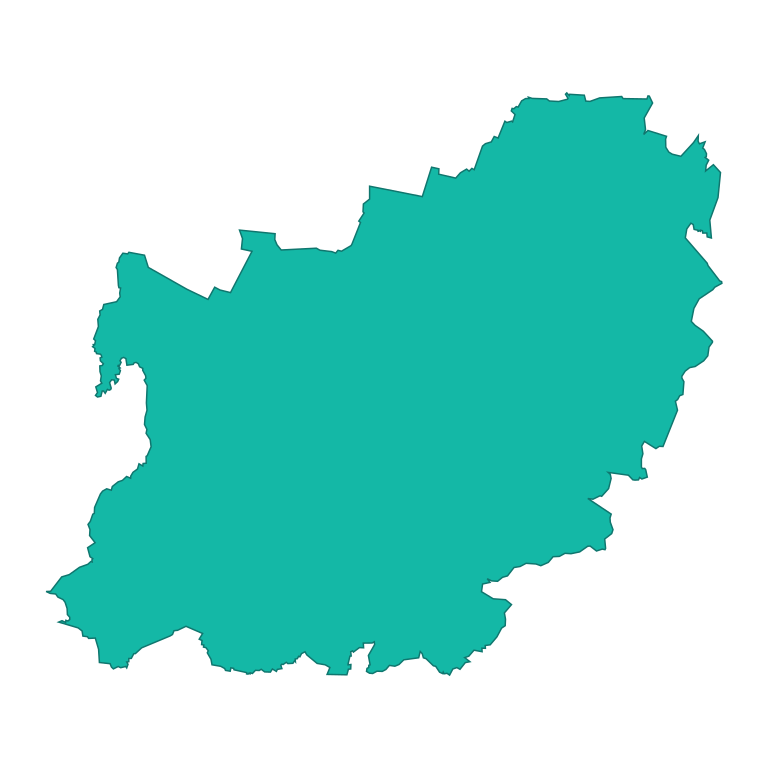 the district of Encarnación de Díaz, Jalisco, Mexico
{"feature_id": "50627088B17242073021011", "entity_name": "Encarnación de Díaz", "entity_type": "district", "adm_level": 2, "iso_a3": "MEX", "parent_name": "Mexico", "parent_adm1": "Jalisco", "projection": "albers", "projection_center": [-102.263, 21.568], "detail": "fine", "context": "isolated", "style": "filled", "palette": "teal", "viewbox_px": 768, "rotation_deg": 0, "n_neighbors": 0, "source": "geoboundaries", "source_scale": "gbopen_adm2", "svg_char_len": 6054}
<svg xmlns="http://www.w3.org/2000/svg" viewBox="0 0 768 768"><path d="M122.9,253.2L119.5,257.9L118.8,262.1L117.4,263.2L116.1,267.6L117.4,269.5L118.4,285.4L118.9,287.7L120.6,288.0L119.7,293.1L120.2,296.8L116.6,301.7L103.8,304.5L102.5,309.4L99.7,311.0L100.1,314.9L97.8,319.3L98.4,326.6L93.7,339.0L95.5,340.7L94.7,344.5L93.3,344.6L93.8,345.6L92.6,346.7L95.0,348.4L94.6,351.3L96.3,352.2L96.5,353.6L100.5,354.2L101.3,355.3L101.8,357.2L100.1,357.9L100.4,360.8L103.4,363.8L102.2,365.5L99.8,365.9L100.0,371.6L101.3,375.9L100.5,380.9L101.8,383.2L95.8,386.9L97.5,392.6L95.5,395.4L97.5,397.0L100.9,396.3L102.2,391.0L103.6,391.0L105.2,393.3L107.4,389.4L109.1,390.2L110.7,389.5L111.2,388.1L109.6,382.6L111.6,379.8L114.3,380.1L115.1,383.9L117.6,381.6L118.7,379.2L116.4,378.3L115.4,374.7L119.2,374.2L120.4,370.6L119.0,368.7L120.2,368.0L117.9,366.1L118.3,365.3L119.5,365.7L121.1,362.3L120.0,360.8L121.4,358.3L123.7,357.4L125.9,358.6L126.9,365.2L133.2,364.4L134.2,362.8L136.1,362.4L138.3,363.7L139.6,366.8L142.8,368.4L142.7,370.3L145.6,375.7L145.9,378.3L144.2,380.1L147.2,385.6L146.4,403.0L147.0,410.2L145.1,417.0L144.5,424.5L146.9,429.4L146.1,433.3L150.2,439.6L151.1,446.8L147.2,455.7L146.1,456.4L146.2,463.2L143.1,463.5L142.8,466.0L139.0,463.8L137.5,469.0L133.0,472.3L130.8,476.0L130.6,478.2L126.6,476.5L122.4,480.4L118.2,481.8L112.3,486.5L111.3,490.2L106.7,488.8L102.6,491.1L100.4,494.0L94.6,507.4L94.3,513.4L92.8,514.2L90.3,521.4L88.0,524.4L90.0,529.6L89.6,535.6L95.1,542.7L87.6,547.7L90.0,556.7L92.8,558.7L91.9,559.9L92.2,561.9L90.9,561.5L87.8,564.3L79.5,567.3L69.3,574.6L61.7,576.9L50.6,591.3L46.1,591.5L50.2,593.4L55.7,594.0L57.9,597.1L63.1,599.6L65.1,602.3L67.1,608.5L67.4,614.6L69.7,617.2L69.8,619.4L67.9,621.0L65.9,620.3L65.6,622.4L62.0,620.7L58.7,622.1L78.2,627.9L82.1,631.0L82.9,636.1L87.5,636.7L88.6,638.4L95.3,638.1L98.6,649.3L99.4,662.5L110.1,663.7L111.4,667.0L113.4,668.9L118.2,666.5L120.7,667.7L125.7,666.5L126.7,667.9L128.0,664.3L126.7,662.0L128.8,661.7L128.8,658.5L131.3,658.4L133.8,653.7L135.4,653.6L141.7,647.8L170.2,635.9L172.5,634.5L174.0,630.7L177.6,630.3L186.0,626.3L202.6,633.5L199.2,639.2L202.0,640.5L201.6,644.6L203.8,645.0L203.5,647.1L205.9,647.6L208.3,650.8L207.3,652.8L211.0,659.3L212.0,664.8L220.7,666.3L224.7,668.5L225.5,670.4L230.2,671.2L230.9,667.8L233.7,668.4L234.0,669.8L246.7,672.6L246.6,673.9L248.1,674.1L248.8,673.3L250.0,673.9L250.2,672.8L252.4,673.5L255.5,670.3L259.2,670.5L261.2,669.3L264.7,671.9L270.4,672.1L272.4,669.0L276.4,671.4L277.3,669.4L281.9,668.6L280.8,665.3L281.9,664.2L283.1,664.5L286.3,662.3L287.8,663.6L292.9,663.3L294.7,660.7L295.4,661.6L295.2,659.0L297.3,658.7L298.6,656.3L299.9,656.8L301.5,653.6L305.0,651.8L306.8,654.9L317.1,663.4L325.2,664.8L329.9,667.5L327.1,674.4L346.9,674.8L348.4,669.2L350.7,669.0L350.9,664.5L348.1,664.8L348.1,663.9L349.9,656.2L351.2,656.0L350.7,651.7L352.6,650.9L353.4,652.1L359.4,647.6L363.6,647.8L363.3,643.1L372.1,643.0L374.3,641.8L374.6,644.6L368.4,655.5L370.1,664.8L368.8,665.3L368.7,667.5L367.0,668.4L366.5,671.4L369.5,673.2L372.7,673.5L377.0,671.2L382.3,671.4L385.9,669.5L389.4,665.4L394.9,666.2L399.0,664.5L403.8,659.8L418.7,657.8L420.2,651.5L422.2,653.6L423.4,657.8L426.1,658.7L433.4,665.8L435.7,666.3L439.6,672.2L442.7,673.6L443.2,672.1L444.1,673.8L447.0,673.3L449.6,675.1L452.8,669.0L456.9,667.6L460.0,669.3L465.3,662.6L469.9,661.7L464.7,657.6L468.8,656.2L474.0,650.2L482.1,651.7L481.9,648.2L485.4,648.3L485.2,645.5L490.2,644.8L496.9,636.9L501.6,628.1L505.2,625.7L505.5,619.2L504.4,612.9L511.5,604.6L505.5,599.7L493.2,598.8L481.5,591.7L482.6,584.0L490.0,582.4L487.2,578.7L491.6,580.9L497.6,581.3L502.5,577.3L507.5,575.9L514.0,567.5L520.1,566.5L526.1,563.3L536.0,564.0L540.8,565.7L548.3,562.4L553.1,556.7L559.4,556.4L565.0,553.3L571.0,553.7L579.7,551.9L587.8,546.2L590.2,546.1L596.5,551.0L602.3,549.1L605.0,549.7L605.6,548.4L604.7,539.0L611.7,533.6L613.0,529.7L610.3,522.2L610.0,518.0L611.2,514.1L587.8,498.5L593.0,499.2L599.9,495.8L601.7,496.3L608.6,488.6L611.1,478.5L610.3,474.3L608.2,472.4L628.4,475.2L632.8,479.8L635.0,480.1L638.5,479.9L639.6,477.5L641.9,479.0L647.3,477.1L645.7,469.7L644.7,468.4L642.3,468.6L641.4,467.0L641.4,458.9L642.9,453.8L641.7,446.0L644.4,441.4L655.9,448.6L659.3,446.3L663.0,446.5L677.5,410.2L675.4,401.2L677.6,399.6L679.7,395.7L682.9,394.5L683.9,381.7L681.9,378.1L681.9,376.2L685.2,371.1L689.7,367.6L695.2,366.5L703.7,360.8L707.8,355.8L709.0,347.1L712.4,342.4L712.5,341.2L703.3,331.2L695.1,325.4L691.3,321.4L693.9,308.4L699.2,298.8L712.8,289.7L714.8,287.2L721.9,283.3L721.6,281.6L719.7,280.9L708.0,265.6L707.2,263.2L685.3,237.9L686.8,228.9L690.9,223.2L693.2,224.5L694.1,229.4L697.6,230.2L698.3,231.9L698.3,230.4L700.4,231.3L700.4,230.2L702.4,230.7L702.8,233.1L706.8,233.0L707.2,236.9L711.4,238.0L709.8,220.1L718.0,197.6L720.5,172.5L713.4,164.7L705.6,171.0L706.2,165.1L708.7,160.2L705.1,157.4L706.3,156.6L706.5,153.7L704.4,149.4L702.7,148.1L705.1,141.8L699.4,143.8L698.1,141.2L698.3,135.6L693.5,142.6L680.9,156.3L672.3,154.2L668.8,152.1L665.8,147.3L665.6,139.1L666.5,136.3L647.9,130.5L643.7,134.5L645.5,129.5L644.2,118.0L652.6,103.0L649.3,96.1L648.0,95.9L646.9,99.0L623.1,98.6L621.7,96.5L599.7,97.9L590.0,101.4L585.8,101.1L584.3,95.2L569.7,94.3L569.2,95.5L566.8,92.9L565.5,94.2L568.0,98.4L567.5,99.2L558.7,101.5L549.4,101.0L546.7,98.9L532.2,98.4L528.4,97.2L528.9,98.5L525.5,98.6L521.6,100.9L518.1,107.1L516.3,106.6L513.9,108.7L512.1,108.4L511.3,110.9L515.0,114.5L512.6,121.9L511.6,121.1L506.8,122.5L504.9,121.2L498.1,138.0L494.2,136.5L491.3,141.9L485.4,143.7L482.5,146.1L474.2,169.7L471.9,168.4L469.1,171.2L466.6,169.1L460.4,172.8L455.7,178.1L438.7,174.2L438.9,168.8L431.6,167.2L422.3,196.6L369.6,186.2L369.6,199.1L363.4,204.0L363.0,211.8L364.1,213.0L358.8,221.1L360.5,222.5L352.0,244.0L351.1,245.6L341.5,251.2L338.0,250.3L335.7,253.1L331.7,251.6L319.9,250.2L316.4,248.2L281.2,250.0L277.0,244.8L274.8,239.6L275.1,233.7L239.5,230.1L242.5,238.6L241.4,249.0L252.0,251.3L230.5,292.6L220.0,290.0L214.7,287.2L208.0,299.4L187.0,289.3L148.3,267.4L144.5,255.2L128.9,252.3L127.7,253.9L122.9,253.2Z" fill="#14b8a6" stroke="#0f766e" stroke-width="1.5"/></svg>